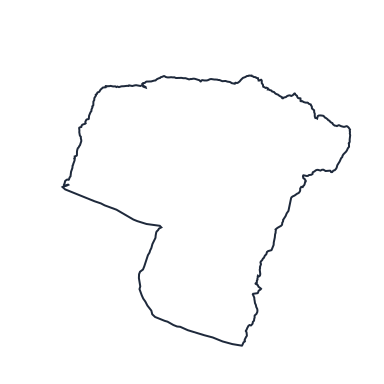 North Tanna, Tafea, Vanuatu (orthographic projection), rotated 22°
{"feature_id": "77236927B7031422019545", "entity_name": "North Tanna", "entity_type": "district", "adm_level": 2, "iso_a3": "VUT", "parent_name": "Vanuatu", "parent_adm1": "Tafea", "projection": "orthographic", "projection_center": [169.312, -19.371], "detail": "fine", "context": "isolated", "style": "outline", "palette": "slate", "viewbox_px": 384, "rotation_deg": 22, "n_neighbors": 0, "source": "geoboundaries", "source_scale": "gbopen_adm2", "svg_char_len": 5874}
<svg xmlns="http://www.w3.org/2000/svg" viewBox="0 0 384 384"><g transform="rotate(22 192 192)"><path d="M295.8,315.8L296.0,315.0L296.1,312.1L297.0,310.7L297.0,310.4L296.4,310.0L296.2,309.2L296.4,306.3L296.7,305.2L296.6,304.4L295.1,301.6L294.0,300.8L293.9,300.3L294.2,299.6L294.2,297.3L294.5,294.8L295.2,293.8L296.5,293.7L296.8,293.5L297.5,291.4L297.1,289.6L297.6,288.4L297.6,287.6L297.2,286.4L297.1,284.9L296.5,283.6L296.4,283.0L297.4,280.9L297.5,278.8L297.0,277.2L296.2,275.9L294.7,274.6L293.5,272.8L292.0,271.4L290.8,269.3L290.0,268.1L289.3,266.6L286.7,264.1L286.8,263.5L290.6,261.3L290.9,260.8L290.8,258.5L292.0,256.8L292.3,255.9L291.9,255.7L289.1,254.9L287.7,253.6L285.4,253.3L285.2,253.0L285.5,252.3L286.2,252.2L285.3,249.7L285.6,248.7L285.1,247.9L284.9,246.0L284.5,245.6L284.5,245.0L285.1,245.3L285.7,245.2L286.2,244.4L286.3,243.7L286.0,242.4L283.9,238.7L283.6,236.9L283.1,236.2L283.0,233.1L282.4,232.2L282.0,232.0L281.8,230.8L282.6,228.8L282.7,227.2L283.3,226.1L283.4,223.7L284.2,222.0L284.0,219.5L284.8,218.2L287.4,216.2L287.5,215.9L287.5,210.5L286.7,208.1L285.8,203.1L284.9,200.1L284.8,198.4L284.5,197.9L284.0,195.8L283.5,195.4L284.7,193.2L287.3,189.9L287.7,188.8L287.6,187.8L287.2,186.9L287.4,185.2L287.3,184.4L286.9,183.9L287.8,179.3L287.8,176.3L288.5,173.4L286.2,160.7L286.2,159.8L286.9,158.5L288.4,156.9L290.1,154.2L290.8,153.5L291.5,152.5L291.8,150.9L291.7,150.0L291.0,148.2L291.4,146.3L292.8,146.0L292.9,144.6L293.4,143.9L293.5,142.7L293.1,140.1L293.5,139.7L293.3,139.0L292.8,138.6L292.2,138.4L291.4,137.6L290.5,137.6L290.0,137.4L289.0,135.9L288.9,135.0L289.2,134.7L292.3,134.2L293.4,133.7L294.0,132.6L296.3,131.2L297.0,130.1L296.6,128.7L296.7,128.3L297.8,127.1L298.6,125.6L299.7,124.6L300.4,124.3L303.1,124.0L304.3,122.6L305.5,122.1L308.0,122.5L312.0,120.5L312.5,120.6L313.5,121.4L314.2,121.2L314.5,121.0L315.1,119.2L316.2,118.3L316.9,116.4L317.0,115.1L316.7,112.8L317.5,108.3L317.6,104.8L318.2,103.4L318.0,101.9L318.3,100.3L319.8,96.7L320.1,94.8L320.1,93.1L320.6,91.6L320.6,91.1L319.5,88.6L319.1,88.2L319.1,87.8L319.4,87.5L319.4,86.4L318.5,84.2L317.4,80.1L316.4,78.6L316.0,77.1L315.3,76.2L315.2,75.0L313.1,73.6L311.5,73.0L310.6,73.1L309.0,74.4L308.1,74.8L305.7,75.1L303.2,75.0L302.4,75.7L301.7,76.6L300.9,76.6L299.3,77.0L297.3,76.4L296.3,75.5L295.3,75.5L293.8,75.1L292.7,74.4L291.5,74.4L290.5,73.8L288.7,73.3L287.1,73.1L286.3,72.5L285.0,72.2L282.6,72.8L280.9,73.6L280.2,74.5L280.5,77.0L279.5,76.8L278.7,77.2L277.7,76.2L277.1,75.0L276.5,73.4L275.5,72.4L274.6,70.5L272.1,69.7L271.6,69.1L271.3,68.2L270.5,67.4L269.8,67.1L269.4,66.4L267.1,66.4L266.2,65.9L265.4,65.9L264.4,66.4L263.6,66.6L261.6,66.8L260.7,66.5L260.1,66.5L259.8,66.5L259.3,67.0L258.6,67.0L257.5,64.6L256.9,64.6L255.9,65.1L255.1,65.1L254.0,64.4L253.3,63.5L251.2,62.9L250.7,62.2L250.2,62.2L250.0,62.4L249.2,64.5L248.7,65.1L248.0,65.8L246.8,65.7L245.9,66.0L244.4,67.2L243.5,68.8L241.7,70.1L241.3,71.0L240.9,71.2L240.5,71.2L240.2,70.5L239.9,70.4L237.2,70.1L235.1,69.5L233.5,69.6L232.3,69.4L230.6,68.6L228.6,68.8L227.6,68.2L225.6,68.4L224.9,68.1L223.9,68.5L223.8,67.7L223.4,67.4L221.9,67.4L221.4,67.9L221.0,67.9L219.8,67.7L218.6,67.7L217.6,66.0L215.9,64.9L215.0,62.7L214.2,62.0L213.7,62.2L212.9,63.3L212.0,63.7L211.6,63.0L210.8,62.4L210.6,61.8L208.9,62.1L208.4,61.8L207.6,61.8L206.2,62.2L205.6,62.0L204.1,62.1L203.7,61.7L203.1,61.9L202.4,62.4L201.3,62.6L200.7,63.3L199.5,63.9L198.3,65.5L196.5,67.1L195.5,69.3L194.7,71.7L193.7,73.4L192.9,74.1L191.4,74.4L191.1,74.8L191.1,75.6L187.9,76.2L186.6,75.8L185.4,75.9L183.5,76.4L181.5,76.5L178.6,77.9L175.5,77.9L174.4,78.3L173.1,78.4L170.7,79.3L167.4,80.1L166.4,80.7L164.7,82.5L163.8,83.1L161.9,83.9L159.7,84.4L159.2,84.8L158.7,86.2L158.5,86.3L157.1,85.6L152.1,86.0L150.6,86.5L149.4,87.4L148.6,87.6L147.1,88.7L143.4,88.9L141.2,89.8L139.5,90.1L134.5,92.3L132.5,92.3L131.7,92.8L129.6,93.4L127.5,94.5L126.1,95.0L124.6,95.2L123.0,94.9L122.3,95.2L121.3,96.3L119.9,97.4L119.7,98.2L118.4,99.2L117.1,100.7L116.4,102.2L115.3,102.8L112.7,104.8L108.4,106.7L107.9,107.3L107.3,108.6L105.9,109.3L105.4,110.4L106.1,111.0L106.3,111.0L107.1,111.6L108.0,111.9L109.6,112.0L110.0,112.5L107.4,112.6L107.0,112.4L106.5,111.8L105.8,111.8L105.2,112.2L104.5,113.0L100.2,113.9L99.1,114.5L96.9,116.1L93.7,116.7L93.5,117.4L92.0,117.9L89.3,119.4L86.9,120.5L85.0,122.1L83.3,122.2L82.6,123.0L81.3,122.8L79.3,123.7L76.8,124.1L75.3,125.1L74.4,125.3L73.7,125.9L72.7,125.9L72.3,126.1L72.3,126.3L72.9,126.7L72.8,127.2L70.3,128.5L68.9,131.3L68.5,133.7L68.1,134.3L67.2,135.0L67.0,135.7L67.1,136.7L66.3,137.8L66.8,138.5L66.3,141.5L66.9,143.4L66.7,145.1L67.9,148.3L68.0,148.9L67.5,149.7L67.5,150.1L68.0,150.9L67.9,153.1L68.4,154.7L68.0,156.2L68.0,159.8L68.9,162.8L68.5,163.4L67.6,163.8L67.0,164.6L66.8,166.6L67.0,167.4L67.7,168.1L67.4,168.7L65.2,170.6L64.8,171.6L65.0,173.2L64.1,173.8L63.4,174.6L63.6,175.4L64.5,177.0L65.1,178.8L66.9,181.7L68.2,182.4L68.9,184.0L69.8,185.2L70.3,186.3L70.6,190.5L70.2,192.1L70.2,193.2L69.7,194.2L69.8,195.5L70.1,197.3L71.5,201.0L71.4,201.6L69.9,203.0L70.7,204.3L70.3,204.8L70.3,205.2L71.0,205.7L71.3,206.8L71.4,210.5L71.6,211.4L71.4,212.2L72.1,214.5L72.3,218.6L73.5,223.0L73.1,224.3L73.2,226.4L73.1,226.8L72.7,227.0L72.1,227.0L71.3,227.5L70.3,229.2L70.4,230.6L70.6,231.0L70.6,233.4L71.4,233.6L72.1,233.4L74.3,231.6L74.6,231.7L73.2,233.2L70.8,235.1L70.1,235.9L73.4,237.1L105.1,237.1L111.9,236.7L116.0,237.1L128.6,236.7L148.0,239.5L152.1,239.5L161.8,238.7L174.8,235.4L176.8,236.3L175.1,238.3L174.8,240.1L174.0,241.9L174.0,243.0L174.6,245.9L175.3,248.2L174.8,255.1L175.3,259.2L175.1,261.9L175.3,264.1L174.8,267.1L175.6,278.8L175.6,282.2L173.7,285.4L173.7,288.0L175.0,291.7L179.4,298.9L179.7,301.7L184.1,306.6L186.7,309.1L189.8,311.1L193.2,314.0L198.7,317.2L201.0,320.3L204.6,321.7L215.0,321.7L217.9,321.4L224.6,322.3L228.5,322.3L231.6,321.4L239.9,321.7L257.0,320.2L265.7,319.1L276.3,319.1L286.4,317.9L295.8,315.8Z" fill="none" stroke="#1e293b" stroke-width="2"/></g></svg>